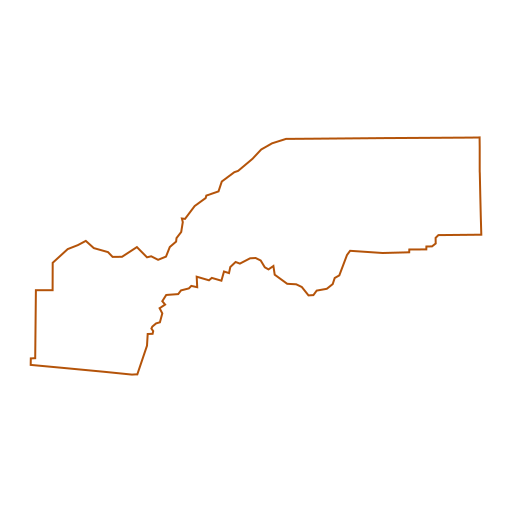 outline of Placer, California, United States of America
{"feature_id": "52423323B56416092773024", "entity_name": "Placer", "entity_type": "district", "adm_level": 2, "iso_a3": "USA", "parent_name": "United States of America", "parent_adm1": "California", "projection": "orthographic", "projection_center": [-120.777, 39.014], "detail": "fine", "context": "isolated", "style": "outline", "palette": "amber", "viewbox_px": 512, "rotation_deg": 0, "n_neighbors": 0, "source": "geoboundaries", "source_scale": "gbopen_adm2", "svg_char_len": 1483}
<svg xmlns="http://www.w3.org/2000/svg" viewBox="0 0 512 512"><path d="M481.3,234.7L480.8,217.0L480.3,196.4L479.8,173.1L479.7,171.7L479.7,152.2L479.7,147.3L479.6,138.7L479.6,137.5L479.6,137.4L478.1,137.5L470.1,137.6L383.7,138.1L313.6,138.7L286.0,138.9L272.1,143.3L261.2,149.5L252.5,158.8L238.1,170.9L234.3,172.2L221.8,181.5L218.5,191.4L206.3,195.6L205.7,198.0L194.7,206.0L185.0,218.9L181.9,218.5L182.8,222.1L181.2,232.0L176.5,238.1L176.1,241.6L169.8,247.0L166.0,256.6L158.1,259.8L151.2,256.3L147.0,257.3L136.9,247.1L122.0,256.8L112.6,256.9L108.0,252.1L93.8,248.1L85.8,240.9L77.9,245.1L67.7,249.1L52.7,262.8L52.6,290.2L35.9,290.2L35.2,358.2L30.8,358.4L30.7,364.9L62.0,367.8L84.2,369.9L104.3,371.8L112.2,372.6L132.0,374.6L135.3,374.4L137.3,374.4L147.0,345.7L147.7,334.0L152.6,333.8L153.2,331.1L151.4,328.6L152.3,326.6L156.1,323.4L159.9,322.3L162.3,313.4L159.6,308.2L165.1,304.6L162.3,301.2L166.2,295.0L167.1,294.9L178.2,294.1L181.0,290.4L188.9,288.4L191.3,285.9L197.2,287.2L196.7,276.7L209.0,280.3L211.8,277.9L221.4,280.7L224.0,271.5L229.0,273.1L230.3,267.0L235.6,262.0L239.9,263.6L250.1,258.3L255.6,258.0L260.7,260.5L264.8,267.3L268.5,269.4L273.4,266.0L274.7,274.7L287.2,283.8L296.2,284.3L301.8,287.0L308.5,295.4L313.4,295.1L316.7,290.6L326.8,288.8L332.7,284.1L334.7,278.0L339.3,275.4L347.0,255.0L350.1,250.8L382.6,253.0L409.2,252.3L409.3,249.5L426.3,249.4L426.4,246.5L432.0,246.4L435.7,243.5L435.6,237.9L438.4,235.1L481.3,234.7Z" fill="none" stroke="#b45309" stroke-width="2"/></svg>